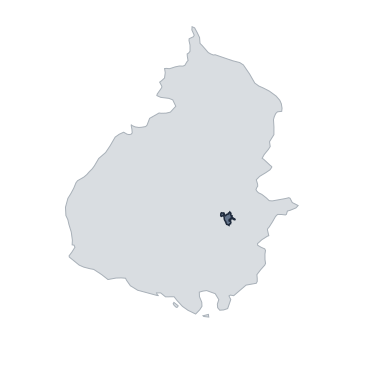 Khsach Kandal, Kândal, Cambodia (highlighted), rotated 311°
{"feature_id": "14789045B32248598745823", "entity_name": "Khsach Kandal", "entity_type": "district", "adm_level": 2, "iso_a3": "KHM", "parent_name": "Cambodia", "parent_adm1": "Kândal", "projection": "albers", "projection_center": [105.061, 11.705], "detail": "fine", "context": "in_parent", "style": "filled", "palette": "slate", "viewbox_px": 384, "rotation_deg": 311, "n_neighbors": 0, "source": "geoboundaries", "source_scale": "gbopen_adm2", "svg_char_len": 5828}
<svg xmlns="http://www.w3.org/2000/svg" viewBox="0 0 384 384"><g transform="rotate(311 192 192)"><path d="M316.8,83.6L317.6,86.3L315.6,91.6L313.5,96.4L309.4,100.6L309.2,103.6L307.9,112.8L308.5,115.7L309.4,118.2L310.8,119.5L314.4,128.4L317.7,136.5L321.0,143.1L321.6,147.4L318.8,158.1L315.4,167.9L315.8,172.8L317.3,177.7L318.9,184.3L319.6,192.6L318.8,198.1L317.2,201.5L314.3,205.0L311.7,206.8L308.6,203.9L306.1,203.7L302.8,204.7L300.1,206.0L294.8,211.2L289.0,216.2L280.8,217.5L277.6,221.2L274.2,221.7L267.7,221.9L263.5,222.8L263.7,224.7L263.4,233.4L263.5,235.5L262.9,236.0L259.9,236.3L255.0,235.0L248.2,232.8L243.4,232.5L241.0,236.3L239.5,237.8L237.7,238.0L235.8,238.7L235.2,240.4L235.0,242.6L236.0,246.2L236.3,252.0L236.1,255.9L237.9,258.4L248.2,266.7L251.2,268.8L251.6,270.1L249.8,274.6L251.4,281.0L248.2,280.9L242.8,278.2L240.2,276.5L237.1,277.9L236.0,277.6L233.9,274.5L231.2,271.3L228.3,271.1L222.3,272.3L216.2,273.2L213.9,273.2L212.9,273.8L209.4,278.6L207.9,277.8L201.7,276.0L196.0,275.3L194.9,276.5L195.6,280.4L196.8,284.2L196.1,285.8L193.0,287.8L188.9,291.4L186.4,294.3L184.6,294.9L178.4,294.8L172.2,295.2L169.7,297.8L167.3,299.9L165.3,300.4L157.2,293.9L141.1,291.5L139.4,288.6L137.8,288.1L136.3,291.8L127.4,295.4L123.7,293.2L121.0,290.5L121.5,287.3L124.0,284.7L128.4,282.8L130.5,276.2L127.2,267.7L124.3,265.2L121.2,263.2L117.9,266.3L115.2,271.7L112.3,274.5L108.2,275.1L102.3,274.8L100.1,266.7L99.4,259.8L100.3,251.9L101.2,247.2L95.5,240.8L95.3,234.6L92.6,231.4L91.7,233.0L91.8,234.8L91.0,233.5L82.2,215.4L80.8,207.0L82.4,200.6L83.3,198.4L80.8,195.0L77.2,191.1L70.8,186.0L70.4,178.1L69.1,168.6L67.2,165.4L64.3,159.6L62.8,154.8L62.4,142.1L63.2,141.1L67.7,140.8L73.5,139.9L74.5,137.9L73.5,136.2L77.2,133.3L82.6,127.1L86.7,120.5L89.7,116.4L91.5,112.3L97.5,106.5L105.8,102.5L111.4,101.6L117.2,100.3L122.8,98.4L125.4,98.2L132.3,100.6L136.1,101.2L140.0,101.2L144.0,101.5L147.6,101.2L156.1,99.6L165.1,100.9L173.1,99.9L183.0,98.0L187.9,99.2L192.3,101.2L193.0,105.0L194.0,106.8L195.5,108.1L197.4,108.1L200.0,105.4L202.1,102.7L202.8,102.2L202.9,103.5L203.9,106.5L205.8,109.5L207.8,111.5L211.0,114.1L213.0,114.2L219.8,111.7L230.0,115.3L231.2,117.1L234.5,120.7L238.1,123.3L246.1,123.5L248.9,117.0L247.5,113.1L242.9,106.3L241.7,102.2L243.1,101.5L250.8,100.7L252.0,99.9L253.7,95.5L255.8,96.0L260.0,96.5L264.5,93.5L267.2,90.3L268.6,91.7L270.2,94.0L272.0,95.2L275.2,97.1L278.8,99.8L281.0,102.5L282.8,103.5L287.4,102.7L288.6,102.8L291.2,99.6L293.0,97.8L294.6,98.3L296.9,98.2L301.6,94.1L304.3,90.4L305.8,89.3L310.1,91.2L311.8,90.8L314.2,85.6L316.8,83.6ZM97.1,256.1L96.3,256.5L95.4,256.5L94.6,255.8L94.7,252.9L95.3,251.1L96.8,250.8L97.1,256.1ZM110.4,284.7L108.6,286.7L105.8,282.6L105.8,281.5L110.4,284.7Z" fill="#d9dde1" stroke="#a8b0b8" stroke-width="1"/><path d="M194.9,227.8L193.6,228.7L193.4,228.8L193.2,229.0L192.8,229.7L192.8,229.8L192.8,230.1L193.0,230.3L193.3,230.4L193.6,230.4L193.8,230.5L194.0,230.6L194.2,230.8L194.3,230.8L194.4,231.0L194.5,231.1L194.6,231.3L194.6,231.5L194.6,231.9L194.5,232.1L194.4,232.3L194.3,232.5L194.2,232.6L194.0,232.8L193.9,233.0L193.7,233.2L193.4,233.4L193.3,233.5L193.2,233.7L193.1,233.8L192.9,234.0L192.7,234.2L192.6,234.3L192.5,234.5L192.4,234.7L192.3,234.8L192.2,235.1L192.1,235.3L192.0,235.7L191.9,236.0L191.8,236.4L191.8,236.6L191.7,236.6L191.5,236.8L191.5,237.0L191.4,237.1L191.2,237.8L190.9,238.1L190.8,238.3L190.7,238.4L190.6,238.6L190.6,238.8L190.5,239.0L190.5,239.3L190.4,239.4L190.5,239.5L190.7,240.2L190.8,240.5L191.0,240.9L191.0,241.1L191.0,241.3L191.1,241.5L191.1,241.8L191.3,241.7L191.5,241.7L191.9,241.6L192.0,241.5L192.3,241.5L192.5,241.4L192.8,241.5L193.0,241.5L193.3,241.8L193.4,241.7L193.5,241.6L193.8,241.6L194.0,241.6L194.3,241.4L194.6,241.3L194.7,241.2L194.8,241.1L194.9,240.9L195.0,240.6L195.0,240.4L195.0,240.2L194.9,239.9L194.9,239.7L194.7,239.5L194.6,239.4L194.5,239.2L194.8,238.8L194.8,238.7L195.0,238.6L195.2,238.4L195.3,238.4L195.5,238.3L195.6,238.5L195.8,238.6L195.9,238.9L195.9,239.1L196.0,239.1L196.0,239.4L196.1,239.5L196.3,239.6L196.5,239.4L196.7,239.2L196.6,238.9L196.5,238.7L196.7,238.4L196.8,238.4L197.0,238.5L197.3,238.5L197.5,238.4L197.6,238.5L197.8,238.8L197.8,239.0L197.8,239.3L197.9,239.5L198.0,239.7L198.1,239.8L198.2,240.0L198.3,240.1L198.4,240.3L198.5,240.4L198.6,240.6L198.7,240.8L198.8,241.0L198.8,241.4L198.7,241.5L198.7,241.8L198.8,241.9L198.9,242.1L199.0,242.3L199.1,242.5L199.3,242.6L199.5,242.5L199.6,242.4L199.5,242.2L199.4,242.1L199.3,241.9L199.5,241.8L199.6,241.7L199.6,241.4L199.5,241.2L199.4,241.1L199.3,240.9L199.3,240.7L199.3,240.4L199.3,240.2L199.2,240.1L199.3,239.9L199.2,239.8L199.1,239.7L198.9,239.5L198.9,239.4L199.0,239.1L199.3,238.9L199.3,238.7L199.3,238.4L199.5,238.4L199.8,238.2L200.0,238.1L200.3,238.0L200.3,237.9L200.3,237.7L200.2,237.6L200.0,237.4L199.9,237.4L199.8,237.2L199.7,237.1L199.8,237.0L199.9,236.9L200.0,236.9L200.1,236.7L200.1,236.3L200.1,236.2L200.1,235.9L200.3,235.7L200.5,235.5L200.8,235.5L201.0,235.6L201.1,235.4L201.1,235.2L201.4,235.2L201.5,235.2L201.6,234.8L201.6,234.6L201.5,234.4L201.4,234.3L201.4,234.1L201.5,234.1L201.7,233.9L201.7,233.7L201.5,233.8L201.3,233.8L201.2,233.8L200.9,233.8L200.8,233.7L200.7,233.7L200.4,233.6L200.2,233.5L200.1,233.4L199.8,233.4L199.7,233.4L199.5,233.5L199.4,233.5L199.2,233.6L199.1,233.8L198.9,233.8L198.7,233.8L198.6,233.7L198.4,233.4L198.3,233.2L198.2,233.1L197.9,232.9L197.6,232.9L197.3,232.9L197.1,232.9L196.6,232.9L196.4,232.9L196.2,232.9L196.2,232.7L196.2,232.3L196.2,232.0L196.2,231.9L196.1,231.7L196.2,231.3L196.2,231.2L196.3,231.1L196.3,230.9L196.2,230.8L196.3,230.8L196.4,230.7L196.4,230.4L196.5,230.3L196.8,230.3L196.8,230.2L197.0,230.1L197.1,229.9L197.0,229.7L196.9,229.5L196.7,229.3L196.5,229.2L196.4,229.0L196.2,228.8L196.1,228.7L195.9,228.4L195.8,228.2L195.7,227.9L195.4,227.9L195.2,227.9L194.9,227.8Z" fill="#64748b" stroke="#1e293b" stroke-width="1.5"/></g></svg>